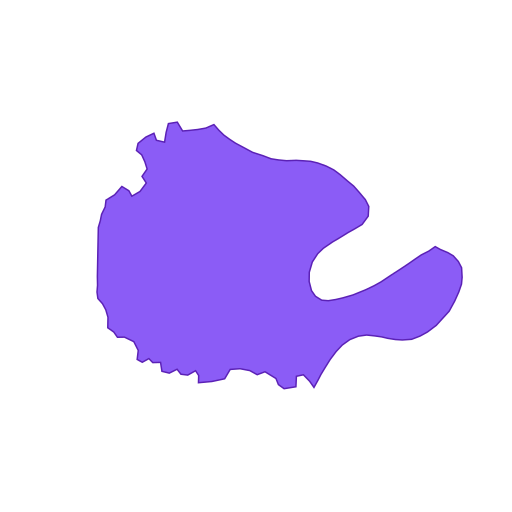 Caxambu do Sul, Santa Catarina, Brazil (Natural Earth projection), rotated 235°
{"feature_id": "56859067B6253969040856", "entity_name": "Caxambu do Sul", "entity_type": "district", "adm_level": 2, "iso_a3": "BRA", "parent_name": "Brazil", "parent_adm1": "Santa Catarina", "projection": "natural_earth1", "projection_center": [-52.929, -27.152], "detail": "fine", "context": "isolated", "style": "filled", "palette": "violet", "viewbox_px": 512, "rotation_deg": 235, "n_neighbors": 0, "source": "geoboundaries", "source_scale": "gbopen_adm2", "svg_char_len": 1949}
<svg xmlns="http://www.w3.org/2000/svg" viewBox="0 0 512 512"><g transform="rotate(235 256 256)"><path d="M115.1,228.1L118.8,235.7L121.7,241.2L125.0,248.7L128.7,257.4L131.8,266.9L133.6,275.6L133.7,284.9L131.6,293.9L127.8,301.3L122.3,307.6L117.6,312.6L113.0,316.7L107.6,322.3L103.3,327.7L98.5,335.7L96.3,344.5L95.4,352.9L95.8,363.9L97.8,372.8L100.0,382.6L105.1,392.9L110.3,401.6L115.1,408.2L120.3,412.6L128.5,417.7L135.5,418.6L143.0,417.7L148.7,415.1L155.7,410.7L160.9,408.2L160.9,400.4L162.1,392.0L162.2,384.0L162.2,376.8L162.4,367.2L162.8,356.5L163.1,343.4L163.9,335.7L165.5,326.1L168.5,313.0L171.9,303.1L174.6,296.4L177.9,289.6L182.1,284.5L188.9,281.6L195.8,281.6L204.6,284.9L212.1,290.3L218.8,298.7L222.5,307.9L223.7,315.6L223.6,326.8L223.0,334.3L222.4,344.8L221.6,352.7L221.0,361.1L224.3,370.8L231.9,376.8L239.4,377.9L249.5,377.0L257.3,376.1L265.6,373.8L274.3,371.6L281.9,369.1L289.4,365.1L296.8,359.9L302.2,355.1L307.0,349.2L311.3,343.8L316.5,335.7L321.9,329.4L327.1,324.0L334.1,319.3L342.8,312.7L360.2,303.9L366.8,301.3L373.5,299.0L380.4,297.7L387.8,296.9L389.6,288.2L393.0,280.9L396.9,273.8L400.5,267.6L410.8,268.3L414.7,260.2L408.9,253.4L401.7,246.4L407.9,240.8L415.1,242.8L416.6,234.0L415.9,224.0L411.0,218.6L404.4,220.4L396.9,219.0L389.7,216.7L386.6,208.3L378.7,208.0L375.4,198.0L376.2,188.6L382.3,189.3L389.9,186.0L387.2,175.3L387.8,165.2L382.7,160.6L378.7,153.4L374.1,148.6L369.8,143.2L330.2,114.3L322.9,109.4L317.7,105.1L311.9,102.1L304.9,102.9L298.1,102.1L290.7,99.6L282.2,93.4L275.3,95.9L268.9,95.9L265.0,101.7L255.9,106.8L246.2,105.4L239.4,99.3L234.2,101.9L233.4,109.4L227.9,110.3L223.6,116.8L215.5,112.8L209.8,117.8L208.5,126.4L202.2,126.7L197.6,131.8L196.7,140.7L191.0,140.5L185.2,136.2L178.5,147.9L173.4,159.9L177.9,169.8L172.8,178.3L165.7,185.2L158.1,188.9L156.0,197.0L144.2,202.1L137.8,200.6L131.2,202.9L126.0,213.7L134.3,220.1L131.5,226.7L122.7,228.1L115.1,228.1Z" fill="#8b5cf6" stroke="#5b21b6" stroke-width="1.5"/></g></svg>